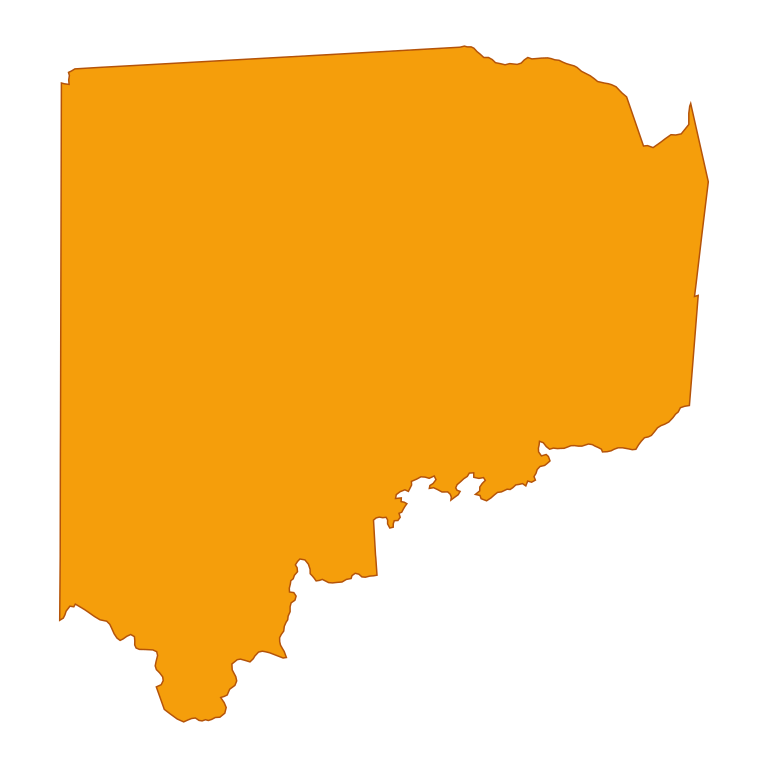 outline of Formosa da Serra Negra, Maranhão, Brazil
{"feature_id": "56859067B92556149898263", "entity_name": "Formosa da Serra Negra", "entity_type": "district", "adm_level": 2, "iso_a3": "BRA", "parent_name": "Brazil", "parent_adm1": "Maranhão", "projection": "albers", "projection_center": [-46.127, -6.579], "detail": "fine", "context": "isolated", "style": "filled", "palette": "amber", "viewbox_px": 768, "rotation_deg": 0, "n_neighbors": 0, "source": "geoboundaries", "source_scale": "gbopen_adm2", "svg_char_len": 4174}
<svg xmlns="http://www.w3.org/2000/svg" viewBox="0 0 768 768"><path d="M690.7,103.5L689.7,106.2L689.3,109.5L688.8,113.2L688.8,118.5L688.8,124.5L681.2,133.9L675.7,135.0L671.0,134.7L665.4,138.6L660.6,142.3L653.1,147.6L647.5,145.6L643.5,146.0L626.6,96.9L621.9,92.9L619.4,90.3L616.1,86.8L611.6,84.7L608.3,83.7L604.6,83.1L597.6,81.5L594.5,78.9L590.3,75.8L581.5,71.3L577.0,67.4L574.2,65.9L569.9,64.7L566.3,63.6L562.7,62.1L559.1,60.3L554.8,59.8L551.2,58.6L547.7,57.9L541.5,58.1L535.8,58.6L531.9,58.9L527.8,57.5L524.3,59.9L521.2,63.1L517.2,64.4L509.7,63.6L505.1,64.8L500.6,63.7L495.5,62.7L492.3,59.6L488.5,57.5L483.8,57.5L480.0,54.0L477.0,51.6L473.9,48.2L471.2,46.9L467.3,46.9L464.4,46.1L460.0,47.2L336.7,54.2L136.3,65.4L99.6,67.4L74.9,68.9L71.4,71.0L68.5,72.4L69.4,75.5L68.7,79.9L69.1,84.4L64.4,83.8L61.4,83.0L60.5,428.5L60.4,452.8L60.2,556.9L59.7,620.3L63.3,618.1L64.9,614.9L66.1,611.2L69.9,606.2L73.8,606.8L75.3,604.1L78.6,606.0L85.2,610.0L94.5,616.5L100.0,619.8L106.7,621.2L109.8,624.3L111.6,628.1L114.2,633.9L117.0,638.1L120.1,640.4L123.0,639.0L126.8,636.3L130.7,634.5L134.4,636.6L134.8,640.7L134.7,644.9L136.1,648.0L139.4,649.4L145.0,649.5L152.8,649.9L156.7,651.7L157.6,655.5L156.0,661.8L155.2,665.9L156.4,669.6L159.6,672.8L162.7,676.9L163.2,680.6L161.2,684.7L156.3,686.9L164.3,709.4L170.2,713.9L177.2,719.0L183.7,721.9L187.6,720.1L191.6,718.5L195.4,718.0L199.0,720.4L202.1,720.9L205.5,719.7L208.3,720.5L211.7,719.4L215.3,717.5L219.9,717.2L224.8,713.2L226.2,707.5L224.2,702.7L220.7,697.5L224.0,696.5L227.2,695.0L229.7,689.2L234.9,685.4L236.7,680.9L235.8,676.7L232.2,669.9L231.9,664.0L237.2,659.7L240.4,659.1L245.1,660.4L250.0,661.9L253.3,658.7L254.8,656.1L258.5,652.1L262.3,651.2L265.7,651.8L269.7,652.8L283.1,658.0L286.4,657.5L285.3,654.5L284.2,651.5L282.4,648.5L280.5,645.1L279.7,641.7L279.6,637.7L281.3,634.4L283.7,631.1L284.3,626.3L286.1,622.2L287.7,619.8L288.1,616.2L290.1,611.7L290.1,606.7L291.1,602.9L295.0,600.1L296.1,596.1L293.8,592.6L289.5,592.0L289.3,588.2L290.4,583.7L290.8,580.7L293.2,578.8L294.4,575.3L297.5,571.7L297.1,567.7L295.4,564.9L297.5,561.5L299.9,559.0L304.9,559.9L308.4,564.2L310.1,569.3L310.2,573.7L312.3,575.9L314.2,578.2L316.1,580.9L319.4,580.4L322.3,579.4L325.7,581.1L328.6,582.6L332.5,582.9L337.1,582.4L342.0,582.0L346.4,579.4L351.1,578.5L352.0,575.6L355.2,573.3L358.9,574.2L361.9,576.9L365.4,577.2L369.7,576.1L373.6,575.8L377.0,575.2L375.8,557.9L375.5,555.0L373.5,520.1L376.2,517.9L379.3,517.1L382.7,517.7L386.1,517.3L387.6,519.9L387.6,523.9L389.8,528.0L393.2,527.2L393.3,523.6L394.3,520.7L397.9,520.5L400.2,517.3L399.0,513.3L401.7,512.2L403.4,509.0L405.0,506.3L406.9,503.7L404.2,502.2L401.1,501.6L401.3,497.9L395.5,498.5L396.3,494.6L400.1,491.7L404.9,489.8L408.4,491.4L411.6,485.0L411.4,481.4L416.9,479.0L420.9,476.8L425.1,477.1L429.2,478.3L434.2,476.0L436.0,479.6L433.1,483.5L429.9,485.5L429.3,488.4L433.6,487.7L438.0,489.8L442.0,492.0L447.7,491.9L450.2,494.2L451.3,497.1L450.9,500.1L454.2,497.6L458.2,494.7L460.1,491.4L457.1,490.3L455.7,487.9L457.1,484.7L460.8,481.5L463.8,478.7L467.3,476.4L469.3,473.1L473.7,472.8L473.8,477.3L478.9,478.4L483.5,477.6L485.3,480.4L482.2,483.5L479.8,487.0L479.7,490.9L475.4,494.4L480.0,495.5L481.1,498.7L486.6,500.8L491.0,497.9L494.6,494.7L497.5,492.4L501.4,491.9L507.1,489.2L510.1,489.5L512.8,487.7L515.8,484.9L519.1,484.4L522.5,483.6L525.8,485.9L527.7,481.1L531.6,482.2L535.4,480.1L534.0,476.6L536.0,473.3L537.2,469.5L540.0,466.5L544.7,465.4L547.0,463.6L550.0,460.9L548.4,456.5L546.2,454.5L541.4,455.9L538.6,451.9L538.4,448.2L539.1,445.0L539.5,441.3L543.3,442.7L546.3,446.6L549.6,449.2L553.4,448.1L557.5,448.6L560.3,448.4L564.1,448.3L567.6,447.0L570.9,445.7L574.5,445.6L578.3,446.1L582.0,446.1L585.4,445.0L588.5,444.0L592.3,444.6L595.0,446.1L598.2,447.5L601.4,449.2L602.5,451.9L607.1,451.7L611.1,450.8L614.2,449.2L618.1,447.8L622.6,447.8L628.7,448.9L632.3,449.7L635.9,449.3L638.5,444.9L641.3,441.2L644.5,437.7L648.3,436.9L651.4,435.4L654.8,431.3L657.5,427.8L661.0,425.6L664.7,424.2L668.8,422.0L673.0,417.6L675.5,414.2L678.2,412.0L680.4,407.7L684.6,406.3L689.4,405.5L691.6,378.2L698.2,295.4L694.5,296.5L696.1,283.7L701.8,235.3L708.3,181.8L690.7,103.5Z" fill="#f59e0b" stroke="#b45309" stroke-width="1.5"/></svg>